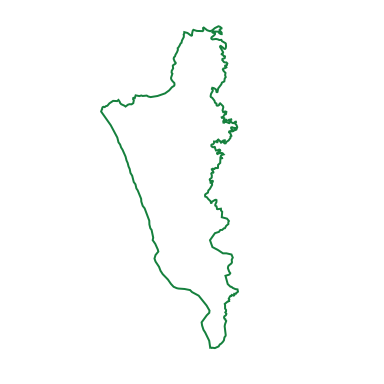 outline of Birim South, Eastern, Ghana, rotated 76°
{"feature_id": "2480657B71012260699376", "entity_name": "Birim South", "entity_type": "district", "adm_level": 2, "iso_a3": "GHA", "parent_name": "Ghana", "parent_adm1": "Eastern", "projection": "orthographic", "projection_center": [-1.125, 5.901], "detail": "fine", "context": "isolated", "style": "outline", "palette": "green", "viewbox_px": 384, "rotation_deg": 76, "n_neighbors": 0, "source": "geoboundaries", "source_scale": "gbopen_adm2", "svg_char_len": 5995}
<svg xmlns="http://www.w3.org/2000/svg" viewBox="0 0 384 384"><g transform="rotate(76 192 192)"><path d="M35.0,160.8L36.5,161.3L37.2,162.0L38.0,162.0L39.7,162.5L42.6,165.1L44.7,166.1L45.1,167.1L46.8,168.5L48.6,170.3L49.0,171.1L50.7,171.3L52.8,172.8L54.8,174.8L56.2,175.6L57.1,177.0L58.4,177.6L61.5,177.2L62.4,176.6L63.0,176.6L63.5,177.1L64.4,179.6L64.9,180.1L67.5,180.4L69.6,182.4L71.3,182.9L72.5,182.4L75.9,184.6L77.0,184.9L78.2,184.7L79.9,184.0L81.9,182.8L83.2,182.9L84.4,183.4L84.7,183.8L85.5,186.2L87.9,189.6L89.8,194.3L90.5,202.2L89.9,209.2L88.8,211.3L87.5,212.6L86.9,216.6L86.1,217.9L86.2,219.9L84.6,223.3L87.0,224.8L86.5,225.5L86.6,226.3L87.8,226.7L88.8,226.2L91.6,227.5L92.3,229.4L91.7,231.4L91.8,233.0L93.0,235.8L91.9,236.7L89.7,239.4L88.5,240.1L86.7,240.4L84.9,241.1L85.7,242.6L84.5,246.5L86.0,250.7L87.8,253.2L87.9,254.9L88.5,256.2L87.9,257.3L88.1,258.2L89.1,259.0L89.8,259.1L90.5,259.8L92.0,260.7L107.5,254.7L121.1,251.3L126.1,251.3L128.5,250.3L131.7,250.0L134.1,249.2L141.6,247.9L145.6,247.9L148.2,247.4L151.9,247.4L154.6,246.9L158.6,247.1L161.8,246.1L168.2,246.1L170.9,245.0L175.1,245.1L177.2,244.3L186.3,243.0L189.0,243.5L193.5,243.2L196.4,241.9L209.5,240.4L213.2,241.2L217.2,241.2L219.0,240.4L227.0,240.7L229.2,241.8L233.4,240.2L239.5,239.1L241.7,239.1L244.3,242.6L247.5,244.5L250.7,244.2L256.6,242.1L260.8,241.6L264.6,240.3L271.2,236.5L276.0,234.7L279.5,232.8L281.6,230.1L282.4,228.5L284.3,222.7L286.7,217.6L289.1,216.2L294.2,210.6L305.7,205.3L311.3,203.7L313.4,204.5L315.2,207.5L320.8,214.2L324.0,214.5L328.5,214.2L331.5,213.2L340.5,211.3L347.5,212.0L347.5,211.2L348.1,210.6L348.1,209.7L349.0,207.6L348.3,203.6L346.6,201.8L346.2,200.4L344.8,198.2L343.6,196.9L340.9,195.7L339.9,194.4L339.0,193.9L330.2,192.8L328.4,192.0L325.4,190.0L324.3,190.5L323.6,190.4L322.7,191.2L321.3,191.2L320.5,190.7L319.8,189.0L318.6,188.1L316.8,188.8L316.2,187.9L314.8,187.5L313.1,188.1L309.9,187.3L308.5,187.3L307.1,184.3L307.1,183.7L306.7,183.3L306.8,182.4L306.3,182.4L305.4,181.8L304.5,182.2L302.5,180.4L302.1,179.7L302.4,179.1L301.5,178.2L302.6,176.8L302.6,176.3L302.3,175.9L301.7,176.0L301.0,175.7L301.4,174.1L300.5,173.3L300.4,172.4L299.8,171.5L297.5,171.4L296.7,173.4L294.9,175.7L293.6,176.6L293.2,177.6L290.0,179.6L281.4,179.8L281.2,176.2L281.0,175.5L280.0,174.5L278.2,175.2L274.6,175.6L273.5,175.2L272.3,174.3L270.8,171.0L269.8,170.2L267.4,169.9L265.5,168.3L262.2,168.8L259.8,173.5L259.0,176.8L254.6,180.8L250.4,185.5L243.1,186.2L237.5,179.7L237.2,175.5L235.7,173.7L236.1,171.9L235.0,169.9L235.1,168.8L233.1,167.0L231.9,164.5L229.9,164.0L229.1,163.2L226.3,164.5L223.7,169.2L218.5,167.5L217.0,168.3L215.2,168.0L214.9,171.2L214.6,171.8L211.9,171.7L210.8,172.7L209.7,172.4L207.6,170.7L205.8,170.2L205.3,170.7L205.3,171.8L206.3,175.0L207.3,175.7L207.2,176.2L205.3,176.3L202.8,177.9L200.6,178.9L199.6,180.3L198.1,180.1L197.4,179.5L196.4,176.6L194.5,175.8L193.3,173.9L190.0,170.8L188.7,170.5L187.5,171.8L187.3,171.7L186.7,171.4L186.6,170.8L187.0,170.1L187.1,169.4L186.5,169.1L186.1,169.4L186.0,171.4L185.6,171.7L184.2,171.8L183.8,171.5L183.2,169.9L182.6,169.3L180.5,168.7L178.9,168.9L178.1,168.1L178.4,166.7L178.0,166.4L176.2,166.7L175.3,167.3L174.7,167.3L174.4,166.4L175.1,164.6L174.5,163.9L174.3,163.3L174.9,161.9L174.9,161.0L172.0,160.1L170.6,157.6L166.5,156.4L166.5,154.6L166.1,154.6L165.1,155.9L163.8,155.1L163.3,154.4L163.2,152.2L162.0,152.8L161.4,153.5L160.9,155.9L161.3,158.1L160.8,158.4L160.3,158.3L159.1,155.0L158.8,154.6L158.0,154.6L157.4,155.3L157.7,157.2L157.5,158.7L155.3,159.0L154.0,158.9L153.7,159.2L153.7,160.7L153.0,161.6L152.1,162.1L151.0,161.8L150.7,161.3L150.8,160.1L150.5,159.6L149.6,158.6L148.4,158.4L148.8,157.1L148.5,155.9L149.7,155.7L149.8,155.3L147.6,154.3L147.5,153.7L149.2,152.8L150.1,151.5L150.8,152.1L151.2,151.9L150.9,151.0L149.7,149.4L149.6,148.2L149.8,147.6L150.2,147.7L150.9,148.8L151.8,149.2L152.7,148.6L152.9,147.6L151.7,146.4L150.8,144.0L148.7,141.5L147.5,141.3L147.1,140.2L144.1,140.7L143.1,141.6L142.3,141.3L142.1,140.1L142.9,138.6L142.9,137.2L142.4,137.2L140.7,138.4L139.4,138.6L138.9,138.4L138.8,137.5L139.7,136.4L140.4,134.4L141.2,134.4L141.7,135.6L142.1,135.7L142.4,135.3L142.2,133.9L140.0,132.4L137.7,132.7L136.3,133.5L135.7,133.3L135.0,132.4L134.4,132.4L134.3,133.0L135.1,134.7L135.2,135.4L134.7,136.2L132.5,137.7L131.9,137.5L131.4,136.4L131.0,136.4L130.9,138.6L131.6,138.8L133.6,138.5L134.2,139.0L134.0,139.6L132.7,141.2L132.3,142.3L131.6,142.1L131.0,140.8L130.3,141.1L130.3,141.6L131.2,143.1L132.5,144.0L132.3,144.7L131.0,144.6L128.4,142.7L127.7,143.2L127.3,145.0L126.7,145.1L126.4,143.3L124.8,141.8L124.7,140.3L124.4,140.1L123.3,140.8L123.1,139.5L122.5,139.3L121.8,140.4L122.3,141.8L122.1,142.4L120.2,142.6L117.3,141.1L116.3,141.1L112.8,143.2L112.9,143.7L114.2,144.8L114.5,146.0L114.2,146.9L113.5,147.2L112.1,146.9L110.8,148.1L108.9,148.1L105.5,149.6L104.4,150.7L103.6,150.8L101.4,149.8L98.9,147.4L97.9,147.2L96.8,147.8L95.8,147.1L96.4,145.8L97.8,144.3L98.5,143.9L100.9,144.0L101.2,143.6L101.1,143.1L97.8,141.5L94.7,137.6L93.1,136.5L92.5,133.9L89.8,132.8L88.7,131.5L86.6,131.6L84.6,130.7L81.9,132.2L80.4,132.4L79.8,131.7L79.9,130.5L79.4,128.5L78.9,128.6L78.3,129.5L77.6,129.4L77.3,129.0L77.4,127.6L75.8,126.6L74.6,127.3L74.3,128.6L73.6,129.6L71.3,130.7L70.3,130.3L70.0,127.9L68.6,127.2L68.2,127.3L67.7,128.4L66.7,128.7L65.6,129.9L65.1,129.7L64.5,128.2L63.9,128.0L57.9,129.7L57.3,129.3L57.2,128.8L59.6,126.9L60.4,126.6L61.0,125.8L61.1,125.1L60.4,124.4L58.8,123.7L56.1,123.3L55.6,123.6L52.9,126.4L51.5,126.7L51.1,128.8L50.2,129.9L49.3,131.7L48.9,135.2L48.2,136.0L47.4,136.1L46.6,135.5L45.6,133.2L44.6,131.6L43.6,131.3L43.0,131.4L42.7,131.9L42.8,132.9L42.1,133.5L41.4,132.6L42.7,128.0L43.1,127.5L44.5,127.1L45.8,125.7L46.0,125.0L44.6,124.7L41.5,126.1L40.7,125.0L40.5,123.8L40.0,123.7L38.3,125.1L37.6,126.3L38.5,130.2L40.0,133.2L40.4,135.5L38.8,138.1L35.3,140.8L35.6,141.6L37.9,141.9L38.5,142.7L36.9,148.3L35.0,151.4L35.6,152.2L38.1,153.5L40.0,154.1L40.2,154.6L39.8,155.3L36.6,157.9L35.0,160.8Z" fill="none" stroke="#15803d" stroke-width="2"/></g></svg>